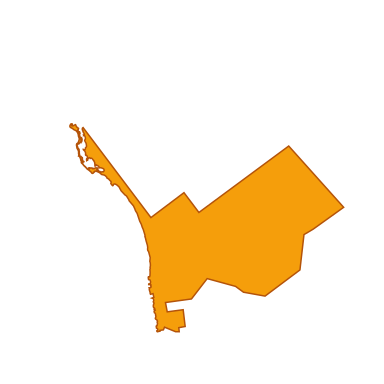 the district of Tulum, Quintana Roo, Mexico, rotated 143°
{"feature_id": "50627088B89843068192047", "entity_name": "Tulum", "entity_type": "district", "adm_level": 2, "iso_a3": "MEX", "parent_name": "Mexico", "parent_adm1": "Quintana Roo", "projection": "mercator", "projection_center": [-87.448, 20.147], "detail": "fine", "context": "isolated", "style": "filled", "palette": "amber", "viewbox_px": 384, "rotation_deg": 143, "n_neighbors": 0, "source": "geoboundaries", "source_scale": "gbopen_adm2", "svg_char_len": 6061}
<svg xmlns="http://www.w3.org/2000/svg" viewBox="0 0 384 384"><g transform="rotate(143 192 192)"><path d="M287.9,131.4L287.3,130.5L287.2,129.7L287.4,129.1L288.0,128.2L289.1,127.6L289.1,126.6L289.5,125.8L290.4,125.4L290.8,124.9L291.1,124.7L291.3,124.4L291.5,124.3L291.6,124.0L291.9,123.7L292.2,122.8L291.8,122.0L291.9,121.4L292.4,121.2L292.8,121.2L293.0,120.9L292.9,120.5L292.4,120.0L292.5,119.7L292.8,119.7L293.3,119.9L294.1,119.5L294.7,118.2L294.4,117.6L294.6,116.4L295.2,115.6L295.6,114.5L296.6,113.6L297.1,113.4L297.5,112.9L297.5,112.2L297.1,111.5L297.0,110.4L297.4,110.1L297.3,109.7L297.5,109.3L298.3,108.8L298.6,107.8L299.8,106.8L300.1,106.4L300.6,106.2L301.0,106.5L301.5,106.2L302.3,104.6L301.8,103.7L302.0,102.9L302.7,102.4L303.7,102.3L303.9,101.8L303.6,101.5L303.7,101.2L301.3,100.1L300.9,100.8L297.8,99.1L295.3,100.6L289.2,90.3L286.3,88.1L284.2,91.6L278.4,88.7L269.9,103.3L283.9,111.2L279.7,119.7L256.8,106.9L232.0,113.7L214.0,90.4L211.2,81.0L196.3,64.9L152.7,64.8L128.2,90.6L117.5,89.4L80.1,88.5L87.1,170.5L198.8,171.5L198.8,196.3L240.2,196.3L240.2,309.0L240.9,309.0L241.6,308.5L241.7,308.1L242.2,307.7L242.2,306.3L242.7,306.0L242.8,305.5L243.1,303.0L243.5,302.7L244.3,302.9L244.3,302.5L244.6,302.2L244.1,301.9L243.9,301.4L244.2,300.0L245.3,298.4L246.5,298.0L246.7,297.7L246.9,297.1L247.3,294.5L248.6,292.1L249.3,291.6L250.7,291.3L251.2,290.6L251.8,290.3L252.5,290.4L253.1,291.0L253.2,291.4L253.3,291.3L253.0,288.9L253.5,287.2L254.7,285.7L254.7,285.2L254.4,285.1L254.5,284.9L254.1,284.2L254.2,283.5L255.0,282.0L255.4,281.9L256.1,282.0L256.7,281.4L257.2,280.4L256.7,280.4L256.3,280.2L256.0,280.7L255.4,281.0L254.8,281.0L254.5,281.3L253.9,281.4L253.2,281.1L253.0,280.6L253.1,280.0L252.4,279.9L252.0,279.5L251.7,278.9L251.6,277.4L251.7,277.1L251.7,276.6L251.5,276.3L251.8,275.4L251.9,274.4L252.6,273.1L253.2,272.1L253.4,271.9L253.6,271.3L253.8,271.2L253.6,270.9L253.3,270.9L253.4,271.1L253.3,271.5L252.8,271.8L252.3,271.6L251.9,270.9L251.8,270.2L251.4,269.8L251.1,268.3L251.1,267.9L251.5,267.3L251.3,266.9L250.1,266.2L248.7,263.9L248.7,263.0L249.2,262.0L250.2,261.6L250.7,261.5L251.4,262.1L252.5,262.6L252.6,262.8L253.1,263.2L253.2,263.9L253.8,263.9L254.0,264.4L253.9,264.7L254.1,265.1L253.9,265.4L253.9,265.5L254.2,265.5L253.8,265.8L253.9,266.1L254.2,266.2L254.2,266.5L254.4,266.8L253.9,266.8L253.8,267.1L253.9,267.3L253.4,267.4L253.4,267.1L253.1,267.4L253.1,267.6L252.8,267.7L253.4,268.5L254.2,268.9L254.3,269.2L254.7,269.4L256.3,269.6L256.6,270.2L257.0,270.2L257.0,270.8L257.2,271.0L257.4,270.9L257.5,271.3L257.9,271.8L258.6,272.2L259.0,272.8L259.6,273.3L260.7,273.5L260.3,273.2L260.3,272.8L260.1,272.5L260.4,272.5L260.6,272.9L260.8,272.9L260.9,272.2L260.7,271.9L260.8,271.7L261.1,271.8L261.1,272.2L261.3,272.5L261.1,272.8L261.1,273.0L261.4,273.1L261.8,273.8L261.7,274.5L261.9,274.8L261.9,276.2L262.4,278.6L262.2,280.4L262.4,280.7L262.4,281.5L261.5,281.7L261.0,281.3L260.1,281.2L260.0,281.4L260.2,282.0L260.4,281.6L261.7,281.8L260.9,282.4L260.8,282.8L260.4,283.1L260.4,283.4L260.2,283.8L259.6,284.1L259.5,284.4L259.7,284.7L259.6,284.9L258.9,285.5L259.4,286.6L259.2,287.1L259.6,287.9L260.0,288.2L260.0,288.6L259.2,289.6L258.6,290.9L257.5,292.3L257.1,293.3L256.7,293.7L256.5,294.6L256.7,295.4L255.9,297.8L255.9,298.3L255.7,298.4L255.7,298.7L255.4,298.9L254.8,299.0L253.1,298.5L252.8,298.8L251.5,298.8L250.9,298.2L250.6,298.5L250.9,298.5L250.9,299.0L250.5,299.0L249.2,300.2L249.1,300.9L248.9,300.8L249.0,300.2L250.0,299.3L249.9,298.9L249.7,298.7L249.1,299.1L248.2,300.2L248.2,300.5L247.9,300.5L247.8,301.1L248.2,301.5L247.8,301.5L247.6,301.8L248.2,301.9L248.5,302.2L248.2,302.3L248.2,302.6L249.0,302.4L249.0,302.6L248.2,302.9L248.6,303.7L248.4,304.0L248.1,304.0L248.1,304.5L247.7,304.6L247.6,305.3L247.3,305.5L247.7,305.5L247.5,306.4L246.6,306.7L246.6,307.5L246.0,307.6L245.8,307.2L245.6,307.5L245.6,307.8L246.1,308.1L246.3,308.6L246.1,309.3L246.3,309.4L246.2,309.9L246.3,310.2L245.8,310.4L245.2,310.4L244.3,311.1L244.7,312.2L244.6,312.5L244.9,312.9L245.0,313.6L244.9,314.2L244.5,315.5L244.5,315.9L245.6,316.2L247.0,316.3L247.2,316.5L247.2,316.8L248.0,316.9L248.0,317.7L247.3,318.1L246.3,317.9L246.8,318.2L246.8,318.7L247.6,319.2L248.3,319.1L249.5,318.5L250.0,318.0L250.3,317.2L250.0,316.1L249.7,315.8L249.5,315.0L249.2,314.4L248.7,312.5L248.1,311.6L247.6,310.2L247.7,308.1L248.2,306.5L248.6,305.9L248.5,305.7L248.7,305.3L248.6,305.0L249.1,304.9L249.8,302.7L250.7,301.6L253.1,300.0L253.5,299.9L255.0,299.9L256.0,299.1L257.5,296.2L257.9,293.4L258.4,292.4L259.6,290.8L260.1,289.5L261.0,289.0L260.6,288.3L260.6,287.1L261.3,284.9L261.6,284.6L262.0,283.1L262.2,282.6L262.7,282.2L262.8,281.6L262.5,280.1L262.5,278.1L262.0,275.3L262.0,274.0L261.8,273.1L261.2,271.4L260.6,268.5L260.7,267.5L260.4,266.8L259.4,266.5L259.0,266.7L257.9,266.7L257.8,267.1L256.9,267.0L256.0,266.3L255.3,265.3L255.3,265.1L254.5,263.7L253.8,261.7L253.8,260.6L251.9,258.3L251.4,257.0L251.2,255.2L251.5,254.1L250.7,252.6L250.8,252.3L250.7,252.0L250.7,251.0L250.4,249.3L250.6,248.6L251.8,247.5L251.7,246.5L251.8,245.9L251.5,244.7L251.1,244.7L250.1,245.3L249.4,245.2L249.0,245.0L248.4,244.3L247.8,243.0L247.2,240.1L247.9,235.6L247.3,230.0L246.7,228.3L247.1,224.1L247.5,222.7L247.1,216.2L247.8,213.0L248.4,211.1L248.7,207.9L251.3,200.2L251.9,196.8L252.9,193.9L253.5,191.4L255.4,186.2L256.3,184.5L256.5,184.5L256.5,184.0L256.8,183.7L257.2,182.4L257.5,182.0L257.5,181.7L257.7,181.4L258.0,180.8L259.7,176.3L260.8,174.3L261.8,173.2L262.3,172.4L262.5,171.7L262.6,170.4L264.9,164.7L267.4,162.0L268.0,160.5L269.3,158.5L271.0,156.8L271.1,156.4L271.3,156.1L272.1,155.6L273.9,152.9L275.9,150.5L276.9,149.8L277.8,150.5L278.3,150.2L279.2,148.7L279.4,148.1L278.8,147.6L278.5,147.0L279.1,145.2L279.8,144.5L280.5,144.1L281.1,144.2L281.8,144.6L282.3,144.1L282.2,143.9L281.7,143.8L281.3,144.1L281.2,144.0L280.9,143.3L280.7,143.3L280.7,142.5L280.9,142.3L281.2,142.4L281.4,142.2L281.5,141.8L281.4,141.5L282.0,140.7L283.0,140.7L283.9,141.3L284.1,140.6L284.7,140.0L285.2,139.0L285.9,136.9L286.3,136.5L286.7,135.3L284.3,134.3L285.9,130.8L287.9,131.4Z" fill="#f59e0b" stroke="#b45309" stroke-width="1.5"/></g></svg>